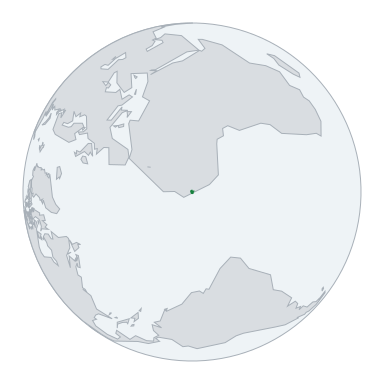 globe centered on Oio, rotated 280°
{"feature_id": "GNB-772", "entity_name": "Oio", "entity_type": "Region", "adm_level": 1, "iso_a3": "GNB", "parent_name": "Guinea-Bissau", "parent_adm1": "", "projection": "orthographic", "projection_center": [-15.268, 12.289], "detail": "fine", "context": "on_globe", "style": "filled", "palette": "green", "viewbox_px": 384, "rotation_deg": 280, "n_neighbors": 0, "source": "natural_earth", "source_scale": "10m", "svg_char_len": 8911}
<svg xmlns="http://www.w3.org/2000/svg" viewBox="0 0 384 384"><g transform="rotate(280 192 192)"><circle cx="192" cy="192" r="169" fill="#eef3f6" stroke="#a8b0b8"/><path d="M42.2,113.8L37.1,124.6L38.4,121.7L42.2,113.8ZM145.0,29.7L140.0,31.3L140.0,31.7L127.1,38.7L130.6,37.6L127.9,40.2L130.8,40.1L127.6,41.9L132.8,40.3L135.1,38.7L138.2,37.5L140.2,37.4L136.4,39.6L134.9,39.9L134.8,40.6L132.0,41.8L134.5,41.1L129.7,44.1L137.3,41.2L135.9,43.6L131.9,45.6L128.6,45.3L111.3,51.1L106.3,54.0L102.5,57.8L103.1,64.6L99.1,68.1L96.3,73.0L100.2,70.7L103.8,66.3L110.3,63.8L113.9,59.2L117.0,57.7L122.2,53.4L125.3,54.3L125.6,57.7L121.5,61.4L121.5,63.2L128.6,60.2L124.0,68.3L126.4,76.0L124.8,78.5L115.9,81.4L107.8,79.5L96.3,85.4L107.7,82.1L103.5,89.0L104.5,90.6L107.0,90.8L110.2,88.5L109.6,91.2L98.1,95.0L98.4,92.5L102.1,91.2L98.2,90.6L90.5,94.1L88.9,97.8L78.8,100.8L77.6,103.6L74.7,106.2L77.3,101.3L72.4,110.4L60.2,118.3L53.3,135.4L55.8,121.1L54.1,118.5L51.3,117.5L50.1,120.1L48.2,116.4L43.4,120.5L37.1,133.3L34.2,144.3L36.8,146.7L39.6,141.5L42.7,141.8L36.1,156.5L40.7,161.4L37.7,173.1L38.5,180.1L41.9,179.8L45.1,184.1L48.9,178.1L54.4,175.8L53.0,185.6L57.2,177.5L59.5,183.1L71.4,185.6L70.1,187.6L79.8,201.5L92.8,208.9L95.8,216.5L94.1,220.7L99.1,222.7L99.2,225.6L121.5,232.9L134.6,241.4L135.3,251.2L126.6,261.4L124.1,283.7L109.9,289.0L109.9,297.5L105.1,308.5L96.1,305.9L102.4,312.7L100.5,315.5L95.6,314.6L98.1,318.7L94.6,317.9L99.2,321.3L98.7,325.3L104.7,330.1L105.6,333.2L109.7,336.0L108.2,335.5L107.9,335.9L109.6,337.2L102.7,333.7L95.0,327.7L93.3,325.3L91.2,324.2L86.8,317.6L86.4,318.5L77.4,306.8L73.5,297.4L61.9,267.3L58.0,260.4L49.4,250.8L38.6,224.2L39.7,215.1L38.1,209.9L43.3,197.8L43.2,184.3L41.6,181.8L39.3,186.0L35.2,175.4L35.4,164.7L31.7,141.2L33.2,135.5L36.2,127.7L46.1,106.9L52.9,96.0L60.6,85.7L69.1,76.1L78.3,67.1L88.1,58.8L98.5,51.3L109.5,44.6L120.9,38.7L132.8,33.8L145.0,29.7ZM50.8,141.0L56.3,152.2L51.1,151.6L52.4,150.3L51.5,146.2L49.0,141.7L45.0,142.0L50.8,141.0ZM57.9,133.0L56.8,131.8L58.2,132.2L57.9,133.0ZM120.1,53.3L121.1,53.4L119.6,54.1L120.1,53.3ZM121.4,51.5L118.9,52.4L119.2,51.7L120.7,51.2L121.4,51.5ZM124.3,50.7L119.9,50.3L120.4,49.2L126.5,46.4L124.3,50.7ZM135.0,38.2L132.6,39.9L132.8,38.7L135.0,38.2ZM134.4,37.8L130.8,36.5L135.4,34.3L135.7,35.0L140.2,32.6L144.2,32.1L142.7,33.3L138.9,34.7L143.3,33.5L134.4,37.8ZM139.4,37.0L138.3,36.8L142.2,34.8L145.2,34.9L143.0,35.5L139.4,37.0ZM139.4,32.4L142.8,31.2L147.0,30.3L148.9,29.8L144.7,31.9L139.4,32.4ZM143.1,35.9L146.6,35.0L146.6,36.0L140.8,37.1L143.1,35.9ZM141.9,34.3L143.9,33.4L143.8,33.9L141.9,34.3ZM148.4,39.4L146.9,38.9L148.8,37.7L148.4,39.4ZM148.0,34.7L148.0,34.4L148.5,34.0L150.8,33.7L148.0,34.7ZM148.0,31.3L149.0,31.4L149.9,30.4L153.1,30.0L149.7,31.6L152.5,30.8L153.5,30.7L149.6,32.1L148.0,31.3ZM154.9,32.2L151.7,34.6L154.0,35.6L152.3,36.6L148.9,34.7L154.9,32.2ZM152.1,32.0L153.5,32.3L150.8,33.2L148.2,33.5L152.1,32.0ZM156.5,29.3L152.5,29.4L153.4,29.1L156.5,29.3ZM156.1,32.3L156.8,31.8L156.5,32.3L156.1,32.3ZM157.0,29.9L155.4,30.0L156.5,29.6L157.0,29.9ZM159.6,30.8L158.6,31.5L156.8,31.7L159.6,30.8ZM158.8,30.3L160.6,29.8L156.8,31.3L158.0,30.3L158.8,30.3ZM158.2,29.6L158.3,29.4L158.7,29.6L158.2,29.6ZM167.0,30.0L162.5,32.0L158.6,32.2L163.4,30.3L167.0,30.0ZM115.9,340.5L104.2,334.6L110.0,337.5L109.7,336.2L117.4,340.2L115.9,340.5ZM117.0,337.3L119.3,336.9L121.0,337.8L119.9,338.3L117.0,337.3ZM358.6,163.6L354.4,147.2L349.3,133.1L349.4,135.7L343.0,125.8L337.3,130.0L334.8,126.7L334.1,129.4L329.3,127.4L324.8,122.0L322.7,123.5L334.1,137.6L336.2,136.1L335.6,128.8L338.6,134.3L343.0,137.9L344.2,154.5L332.9,174.1L329.1,162.6L306.1,134.8L305.2,131.1L305.0,130.7L304.5,130.1L305.3,136.2L300.4,130.8L315.7,150.6L319.5,159.9L332.8,174.9L332.3,177.1L335.7,179.8L343.4,171.7L344.1,175.7L342.1,196.1L329.0,226.3L329.2,242.7L325.6,257.4L313.9,269.6L311.4,280.2L304.8,285.4L302.1,291.6L294.8,299.0L284.0,306.7L269.5,309.4L271.4,304.2L268.3,294.8L265.3,270.1L271.9,257.2L271.7,247.8L260.9,228.0L263.5,215.7L259.9,211.1L252.8,213.2L248.3,207.6L243.8,208.0L213.4,215.0L202.4,207.9L185.3,184.8L189.5,174.9L187.3,163.8L214.2,124.3L223.3,125.5L248.3,117.8L252.0,118.6L252.7,127.1L274.4,134.4L277.1,126.7L293.1,129.4L301.4,127.3L298.0,111.4L284.3,114.6L278.3,107.9L286.4,99.1L297.9,97.3L295.9,94.7L285.7,90.4L285.2,85.0L281.8,88.6L285.4,90.8L283.4,93.4L279.9,91.6L279.9,89.6L275.6,89.2L276.8,99.7L280.6,103.1L271.2,107.0L276.7,113.2L275.3,116.9L265.4,107.9L264.0,104.2L248.1,95.8L248.7,100.0L263.7,108.4L260.4,108.1L261.3,114.6L258.0,109.5L241.4,100.0L230.9,104.2L222.8,121.5L215.5,123.8L207.0,121.5L204.6,105.5L221.2,102.4L220.5,97.4L212.7,91.3L218.3,91.2L217.2,88.5L223.0,87.4L226.7,80.3L231.9,78.9L229.0,71.2L231.3,69.7L232.4,74.5L235.9,77.4L248.3,74.9L249.4,72.9L246.6,68.4L250.4,68.6L246.0,64.6L251.0,61.8L241.3,62.1L237.7,57.6L238.3,53.7L235.4,52.5L234.3,59.0L235.4,61.7L239.2,63.8L240.7,72.1L237.4,74.2L229.1,66.3L223.5,68.6L219.5,62.1L225.0,47.3L229.5,44.2L245.9,47.2L247.4,49.9L242.2,49.9L250.9,53.5L248.3,51.4L251.4,51.9L248.8,48.4L250.9,48.6L244.8,45.1L247.0,45.0L250.9,47.2L248.9,42.7L252.5,42.0L251.0,41.0L248.4,40.1L254.7,40.3L253.3,39.5L250.7,39.1L246.4,37.5L241.1,35.0L243.6,35.2L245.8,36.1L254.2,38.7L259.7,41.7L260.2,41.6L255.9,39.1L245.7,35.8L241.9,34.3L246.6,35.4L244.6,34.9L243.4,34.2L244.5,33.9L239.3,32.6L223.3,26.9L223.9,26.3L229.9,27.6L223.1,25.9L234.9,28.6L246.5,32.1L257.8,36.4L268.7,41.5L279.3,47.3L289.4,54.0L299.0,61.3L308.1,69.3L316.6,77.9L324.4,87.1L331.6,96.8L338.0,107.0L343.7,117.7L348.7,128.7L352.8,140.1L356.1,151.7L358.6,163.6ZM209.0,143.7L209.2,147.0L209.0,143.7ZM312.8,103.6L317.8,102.4L310.6,94.1L311.9,93.1L309.0,90.8L310.1,93.5L302.2,87.4L302.5,84.1L299.4,80.6L297.5,81.0L298.2,88.1L309.5,96.6L310.5,100.7L312.8,103.6ZM71.8,185.5L73.0,187.8L71.0,187.4L71.8,185.5ZM49.3,155.3L50.9,156.1L51.5,157.9L50.0,157.9L49.3,155.3ZM66.0,160.6L68.5,162.2L65.5,162.2L66.0,160.6ZM57.4,153.7L64.0,159.8L58.3,161.2L54.3,157.5L57.7,157.7L57.4,153.7ZM54.9,138.1L55.7,139.2L54.8,140.8L54.9,138.1ZM58.9,133.3L58.4,133.3L58.5,131.7L58.9,133.3ZM104.2,88.8L105.1,88.6L107.2,89.3L105.3,90.2L104.2,88.8ZM122.3,87.0L120.9,91.4L120.6,88.6L117.6,90.3L113.1,86.8L123.7,79.5L119.7,83.3L122.3,87.0ZM110.1,80.8L111.7,83.4L109.5,80.9L110.1,80.8ZM204.9,76.9L208.4,78.1L208.3,81.2L201.6,84.4L201.7,79.7L204.9,76.9ZM213.2,79.1L206.8,71.2L210.7,69.3L209.6,71.6L212.8,71.2L211.9,74.8L221.8,81.4L222.4,84.7L209.9,88.0L213.6,84.9L210.1,83.7L213.2,79.1ZM183.7,58.6L181.0,56.3L192.9,55.0L194.1,57.3L187.5,60.3L182.3,59.3L183.7,58.6ZM135.9,46.4L134.1,46.6L135.1,45.8L137.5,45.1L135.9,46.4ZM147.5,39.3L144.9,45.6L142.7,45.9L143.8,49.9L138.4,52.4L137.9,49.6L134.5,54.9L131.9,53.4L130.3,57.0L129.7,50.6L127.2,49.8L132.0,49.6L137.0,47.2L138.5,46.0L140.6,42.1L137.7,39.9L142.2,37.6L146.2,36.6L147.6,36.8L144.2,38.1L148.5,37.4L144.7,39.5L147.5,39.3ZM189.9,32.8L185.4,33.1L193.4,34.3L189.6,35.4L190.8,35.5L189.5,37.1L189.9,39.2L187.6,39.7L188.8,40.4L187.9,41.6L188.7,42.8L185.0,44.1L185.7,45.7L183.5,45.5L185.7,48.1L182.4,46.8L181.0,48.6L184.9,48.9L162.8,55.4L156.1,60.0L152.3,64.7L147.2,62.5L147.5,57.0L151.0,50.7L158.2,47.0L154.6,46.9L157.0,45.2L158.9,46.0L157.4,43.9L159.9,42.8L163.0,38.7L159.4,37.0L160.5,35.6L163.1,35.8L162.3,34.4L168.0,33.9L168.9,33.1L175.4,32.0L180.0,33.2L180.7,32.2L185.7,31.7L189.9,32.8ZM168.9,29.8L175.2,30.3L176.3,31.4L164.5,32.9L162.9,33.8L155.3,35.3L154.0,33.8L156.2,33.4L158.1,32.8L157.8,33.5L159.5,32.5L162.7,32.1L164.8,31.2L166.3,31.6L168.9,29.8ZM254.1,115.1L256.5,115.1L259.9,114.1L260.6,118.4L254.1,115.1ZM242.7,108.7L244.7,107.9L247.2,113.0L244.6,113.3L242.7,108.7ZM243.5,103.3L244.6,107.4L242.5,105.3L243.5,103.3ZM233.9,73.6L235.7,72.7L236.7,73.7L236.8,75.5L233.9,73.6ZM212.7,38.2L209.9,37.8L209.9,37.3L205.2,35.4L207.6,34.6L211.4,35.5L212.7,38.2ZM296.9,114.6L295.8,118.0L294.0,116.9L294.7,115.9L296.9,114.6ZM278.3,118.4L283.6,119.4L278.4,119.5L278.3,118.4ZM214.5,37.0L212.3,36.3L214.8,36.4L214.5,37.0ZM209.1,34.0L211.8,34.0L207.3,34.4L209.1,34.0ZM340.6,249.6L327.7,276.7L323.7,278.4L325.6,271.4L332.1,255.5L337.7,249.4L341.1,241.6L340.6,249.6ZM231.9,32.6L235.9,35.8L240.3,38.3L245.3,39.7L239.9,39.4L233.1,35.5L231.9,32.6ZM224.1,27.4L219.7,26.7L220.5,26.5L221.6,26.7L224.1,27.4ZM222.3,27.3L219.2,27.5L216.0,26.9L219.1,26.8L222.3,27.3ZM217.1,31.4L218.1,32.3L216.0,32.1L217.1,31.4Z" fill="#d9dde1" stroke="#a8b0b8" stroke-width="1"/><path d="M192.4,190.8L193.1,190.9L193.2,191.0L193.0,191.3L193.2,191.5L192.9,191.6L192.9,191.9L193.0,192.0L193.0,192.3L192.9,192.3L192.8,192.2L192.7,192.2L192.6,192.3L192.7,192.5L192.8,192.7L192.9,192.8L192.9,193.0L192.8,192.9L192.7,192.9L192.4,193.0L192.2,193.1L191.9,193.0L191.7,193.0L191.7,192.9L191.5,193.0L191.4,193.0L191.2,193.1L191.0,192.9L190.9,192.9L190.8,192.7L190.9,192.4L190.7,192.2L190.7,191.9L190.7,192.0L190.8,192.0L190.8,191.9L191.0,191.9L191.1,191.7L191.3,191.7L191.5,191.7L191.6,191.4L191.6,191.2L191.9,191.0L192.1,190.9L192.4,190.8Z" fill="#22c55e" stroke="#15803d" stroke-width="1.5"/></g></svg>